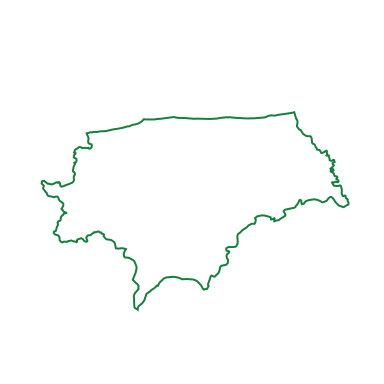 the district of Vatomandry, Atsinanana, Madagascar, rotated 247°
{"feature_id": "10022922B31178585124685", "entity_name": "Vatomandry", "entity_type": "district", "adm_level": 2, "iso_a3": "MDG", "parent_name": "Madagascar", "parent_adm1": "Atsinanana", "projection": "mercator", "projection_center": [48.762, -19.365], "detail": "fine", "context": "isolated", "style": "outline", "palette": "green", "viewbox_px": 384, "rotation_deg": 247, "n_neighbors": 0, "source": "geoboundaries", "source_scale": "gbopen_adm2", "svg_char_len": 5994}
<svg xmlns="http://www.w3.org/2000/svg" viewBox="0 0 384 384"><g transform="rotate(247 192 192)"><path d="M169.9,99.9L168.5,102.4L167.7,105.5L166.2,107.8L165.2,108.9L163.7,106.8L161.7,104.9L158.7,104.3L157.8,105.0L156.8,107.0L155.6,108.6L152.5,111.0L151.1,111.7L149.8,111.9L145.7,111.8L143.8,111.4L140.0,108.8L134.3,103.2L129.9,105.0L129.0,105.6L126.5,106.2L124.5,105.0L123.6,104.9L121.1,99.9L119.9,98.5L118.6,97.6L116.7,97.2L115.1,96.4L108.6,94.0L107.7,94.1L107.1,94.4L105.8,95.6L104.9,96.0L106.3,96.8L107.5,97.9L107.9,98.7L108.7,101.7L109.5,103.5L111.0,105.9L116.0,110.3L116.9,114.6L117.6,116.4L118.1,119.4L119.6,123.5L119.0,124.0L121.4,126.9L122.0,128.9L123.3,132.0L123.5,134.5L121.2,141.8L119.6,144.5L118.2,146.2L116.7,147.9L115.6,148.6L113.9,153.3L111.1,158.7L110.0,160.1L108.0,161.8L105.1,163.0L102.3,163.9L98.9,164.2L97.4,164.9L97.6,165.6L96.9,167.9L98.7,170.3L99.2,170.6L100.0,170.4L101.1,170.9L105.7,175.2L106.9,176.1L107.4,176.9L107.5,177.3L107.3,177.5L105.5,179.1L105.3,180.5L106.2,182.0L106.6,183.6L107.4,185.0L108.6,186.3L112.1,188.8L112.6,190.0L112.5,190.7L112.2,192.5L111.9,193.3L111.8,195.3L112.4,196.9L115.4,198.7L117.5,198.3L119.0,198.6L119.8,198.9L121.1,200.2L121.6,202.2L122.3,202.9L123.1,202.7L124.4,200.9L125.5,200.9L126.7,201.5L127.1,203.1L126.9,204.4L125.1,208.6L124.7,210.7L125.0,212.0L126.9,213.9L127.9,214.5L133.2,216.3L134.3,216.9L134.9,217.5L135.5,218.6L135.9,220.7L137.1,223.2L138.2,228.9L139.2,231.1L139.4,234.5L138.3,237.2L139.2,238.3L141.2,239.8L143.3,239.8L144.1,242.5L143.3,246.7L142.3,249.1L141.5,250.2L138.9,253.6L137.9,254.5L136.0,254.0L135.6,254.3L135.6,257.5L135.1,257.6L134.2,256.7L132.9,256.3L132.8,258.3L132.2,260.8L133.1,264.4L133.3,266.5L133.7,268.5L134.7,269.2L136.6,269.1L138.0,268.8L138.5,268.9L139.3,270.1L139.2,271.6L137.6,279.7L137.6,281.1L138.6,282.2L139.6,284.3L140.6,285.8L142.3,287.4L142.5,288.5L142.3,288.8L141.1,289.1L139.8,288.6L138.1,288.3L137.7,288.4L137.6,290.7L138.2,291.2L139.0,293.2L139.0,295.7L137.7,301.2L135.9,304.3L133.4,306.6L131.8,307.7L131.3,308.6L131.3,312.1L131.5,312.9L132.7,314.8L133.3,316.8L133.2,318.1L132.0,319.0L129.0,319.8L127.3,319.9L122.3,321.8L118.9,325.4L118.8,326.3L119.3,328.7L119.4,331.1L121.2,332.0L122.7,331.7L124.4,332.4L125.1,332.2L125.5,331.6L125.9,331.4L127.3,331.4L128.7,331.8L129.0,331.4L129.1,329.6L129.2,329.3L129.6,329.2L132.3,329.2L135.3,330.7L136.6,331.1L137.7,331.1L139.2,331.4L139.6,331.3L140.3,330.6L140.4,329.1L140.8,328.0L142.2,325.3L143.5,324.8L145.9,324.6L146.2,325.0L145.3,326.4L145.5,327.8L144.4,329.4L144.1,330.3L144.2,330.9L144.6,331.1L145.6,331.2L147.2,330.0L147.8,330.0L148.5,331.4L149.4,331.7L151.0,329.6L154.0,329.7L156.7,327.6L157.0,327.7L157.6,328.2L156.6,329.6L156.4,330.2L156.7,330.8L158.0,330.7L158.5,330.1L158.9,328.7L159.4,328.6L160.2,331.3L161.1,333.0L162.7,332.4L163.6,332.6L163.9,333.6L163.8,334.9L164.0,335.1L166.0,335.2L166.3,334.9L166.4,334.5L166.1,333.4L166.2,332.5L167.3,331.2L172.0,332.2L172.4,331.8L172.7,330.3L173.2,330.1L173.7,331.0L174.2,331.4L175.5,331.4L176.8,332.1L177.3,332.0L177.6,331.3L177.0,328.2L177.3,326.5L177.6,326.2L179.7,326.1L180.8,325.8L182.1,323.8L182.6,323.7L183.4,323.9L185.2,323.4L188.0,323.4L189.4,321.9L190.5,321.8L194.7,323.1L196.5,323.1L197.2,322.5L198.2,320.2L199.4,318.7L202.0,317.0L206.7,316.2L207.6,315.1L211.5,314.2L213.0,315.1L213.6,315.6L215.7,316.7L217.4,316.9L218.6,316.5L225.5,317.3L226.0,314.1L229.2,302.0L230.0,297.9L231.5,295.1L232.3,291.8L232.1,289.3L232.4,287.6L235.4,278.5L238.1,271.7L240.0,267.7L243.9,259.8L245.8,256.5L246.5,254.9L246.5,254.4L247.1,253.6L249.1,247.2L249.8,243.8L252.2,237.1L257.7,225.0L258.6,222.4L263.4,213.4L265.4,208.6L268.2,204.3L271.5,192.3L273.0,187.9L273.4,185.9L276.9,177.6L277.7,176.4L277.8,175.7L277.2,175.0L276.6,173.1L276.1,170.3L276.1,168.5L276.4,166.1L276.9,164.4L277.1,160.8L276.9,159.9L277.6,158.2L278.1,153.9L279.0,149.4L280.6,143.0L281.7,136.5L283.4,132.1L284.5,127.7L285.9,124.5L285.9,123.4L286.7,121.7L287.1,117.9L282.9,117.9L281.8,117.7L279.2,116.2L278.1,115.9L277.2,115.9L276.7,116.3L275.0,118.1L273.9,118.0L272.2,116.9L271.8,115.5L272.1,114.3L272.4,114.0L273.1,113.9L273.4,112.4L273.8,111.7L274.4,111.1L275.0,108.8L275.5,107.9L276.9,107.0L277.3,106.2L277.5,105.2L276.8,103.6L276.7,101.5L276.2,100.4L275.4,100.0L274.6,99.0L274.2,99.5L273.9,99.4L273.6,99.9L273.2,100.0L272.5,99.3L272.3,98.2L271.6,97.4L271.0,97.3L270.0,96.7L267.7,98.5L267.2,98.4L265.7,97.8L265.0,97.1L264.6,96.3L265.0,95.4L264.9,95.0L264.6,95.0L264.4,95.6L263.9,95.5L261.2,92.6L260.1,92.1L258.7,91.0L258.1,90.6L257.2,90.6L256.5,91.2L254.7,91.5L253.7,90.8L252.8,89.5L251.7,88.9L249.2,88.0L247.8,86.8L247.4,85.7L247.4,82.9L247.4,80.9L247.7,78.7L247.5,76.7L247.9,74.0L248.4,73.5L249.1,73.3L251.5,73.8L252.6,73.8L253.1,73.4L253.2,72.9L252.8,72.4L253.0,71.9L253.7,71.4L253.9,70.9L253.6,67.7L253.8,65.9L254.1,65.3L255.7,63.3L255.8,62.7L256.2,62.3L260.0,60.2L260.4,58.9L260.3,57.9L258.5,56.9L257.1,57.4L256.7,57.8L255.5,58.0L253.8,56.5L252.7,56.3L251.2,56.9L249.4,57.2L248.1,57.9L247.0,57.7L245.0,57.9L244.4,58.5L241.1,63.0L241.1,64.7L240.7,65.6L240.0,66.5L239.1,66.7L237.1,66.5L235.8,66.8L232.0,68.9L231.1,68.8L229.7,68.1L228.1,66.3L227.5,65.3L227.1,65.2L225.9,65.9L224.0,66.2L221.9,68.2L221.7,68.1L221.7,67.7L222.1,66.2L222.0,65.3L221.3,64.4L221.2,63.3L220.1,61.6L217.3,59.8L217.2,57.2L216.1,56.2L214.8,56.1L213.6,55.3L212.7,54.0L209.9,51.9L209.3,51.1L209.5,49.8L209.1,49.0L208.2,48.8L206.5,49.2L204.2,52.0L202.2,52.3L199.5,51.4L197.7,51.7L196.6,52.5L196.2,53.1L196.3,54.4L196.0,55.7L195.1,57.0L194.9,57.6L195.2,58.7L194.5,62.0L192.7,63.7L192.1,65.1L191.0,66.1L191.2,66.8L192.6,67.3L193.0,68.2L192.8,71.9L191.4,73.0L189.2,73.6L188.5,74.1L187.7,74.9L187.4,75.7L187.7,76.4L188.2,76.7L190.7,76.7L191.5,77.0L192.5,78.5L192.7,79.4L192.1,80.9L192.0,82.0L192.8,84.3L192.7,85.7L193.2,86.3L192.5,87.9L192.5,89.4L192.2,90.4L191.9,90.8L190.6,91.5L190.3,92.5L189.0,92.7L187.8,94.1L187.3,94.3L185.7,93.4L182.0,94.6L179.9,98.1L179.0,99.1L176.1,100.9L174.0,100.8L169.9,99.9Z" fill="none" stroke="#15803d" stroke-width="2"/></g></svg>